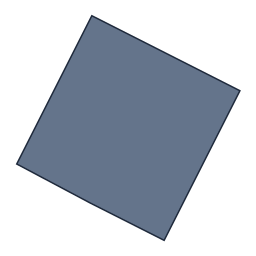 outline of O'Brien, Iowa, United States of America, rotated 207°
{"feature_id": "52423323B82906580744491", "entity_name": "O'Brien", "entity_type": "district", "adm_level": 2, "iso_a3": "USA", "parent_name": "United States of America", "parent_adm1": "Iowa", "projection": "orthographic", "projection_center": [-95.625, 43.084], "detail": "fine", "context": "isolated", "style": "filled", "palette": "slate", "viewbox_px": 256, "rotation_deg": 207, "n_neighbors": 0, "source": "geoboundaries", "source_scale": "gbopen_adm2", "svg_char_len": 248}
<svg xmlns="http://www.w3.org/2000/svg" viewBox="0 0 256 256"><g transform="rotate(207 128 128)"><path d="M210.8,45.4L127.2,44.0L44.8,44.3L45.1,169.9L45.2,212.0L211.2,211.6L210.8,45.4Z" fill="#64748b" stroke="#1e293b" stroke-width="1.5"/></g></svg>